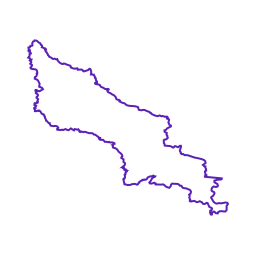 the district of Jutaí, Amazonas, Brazil, rotated 95°
{"feature_id": "56859067B75336397853406", "entity_name": "Jutaí", "entity_type": "district", "adm_level": 2, "iso_a3": "BRA", "parent_name": "Brazil", "parent_adm1": "Amazonas", "projection": "equal_earth", "projection_center": [-67.953, -4.51], "detail": "fine", "context": "isolated", "style": "outline", "palette": "violet", "viewbox_px": 256, "rotation_deg": 95, "n_neighbors": 0, "source": "geoboundaries", "source_scale": "gbopen_adm2", "svg_char_len": 5855}
<svg xmlns="http://www.w3.org/2000/svg" viewBox="0 0 256 256"><g transform="rotate(95 128 128)"><path d="M121.2,87.0L119.1,88.2L116.2,87.8L115.7,88.1L115.2,90.1L114.3,90.3L113.8,89.5L113.3,90.0L113.5,92.6L113.0,94.6L113.4,95.7L112.7,97.6L113.7,99.6L113.1,102.7L112.0,105.7L111.2,106.2L110.9,107.4L110.1,108.0L109.7,110.0L108.6,113.1L108.6,114.3L109.2,116.3L108.9,118.9L106.4,119.8L106.2,120.2L105.7,123.2L105.8,128.8L105.3,131.5L103.7,133.6L103.4,135.8L102.3,138.7L101.7,138.3L101.3,138.5L100.8,139.3L100.7,141.1L100.1,142.2L98.3,142.9L96.4,145.1L96.1,146.5L95.2,147.8L94.1,150.7L93.5,151.5L92.5,151.9L91.4,150.6L91.0,150.7L90.8,151.4L91.2,153.3L91.1,154.4L90.1,156.0L89.4,158.5L87.6,159.9L87.2,161.3L87.0,164.2L86.6,164.6L85.9,164.7L85.6,164.3L85.9,162.9L84.5,162.9L83.0,164.2L81.3,164.4L81.0,165.3L79.4,165.6L78.9,166.3L77.9,166.7L78.1,167.3L77.7,167.9L77.9,169.6L75.4,169.5L73.4,170.1L72.5,170.8L72.4,171.6L73.8,172.8L75.5,177.0L75.3,177.6L74.7,177.8L73.8,179.3L74.3,183.1L73.4,183.3L72.9,183.8L73.5,185.5L73.5,187.5L72.8,190.0L72.6,190.3L71.5,190.4L70.9,191.2L69.9,195.5L69.4,196.4L69.5,198.0L69.9,198.3L70.0,199.2L69.0,201.6L67.1,203.8L65.5,204.5L65.9,205.6L65.3,207.2L65.7,208.3L65.6,209.3L64.8,210.3L63.8,212.8L63.1,213.1L62.4,214.1L61.5,214.3L60.3,215.4L59.4,215.8L59.1,216.5L57.5,217.4L57.1,216.5L56.3,216.9L55.8,217.7L55.8,218.7L55.2,219.9L55.1,220.8L54.5,220.6L53.2,221.0L52.7,222.1L51.2,222.8L50.6,224.4L49.2,226.2L48.9,227.2L48.9,228.7L49.7,229.1L50.2,230.1L52.0,230.8L54.1,230.4L54.5,230.9L54.7,232.4L56.2,232.8L56.5,234.2L58.7,233.7L59.1,232.4L59.4,232.4L59.8,233.8L60.4,233.6L61.0,232.0L62.1,231.2L62.4,231.3L62.9,232.5L64.7,232.3L66.6,233.5L67.0,232.0L68.1,231.5L68.2,230.1L69.2,230.5L69.5,231.4L70.7,230.1L72.5,231.0L73.3,229.3L74.2,229.1L74.8,229.6L75.3,229.5L76.2,230.4L77.1,230.2L77.4,229.5L77.6,228.3L77.6,225.3L78.5,223.9L79.8,223.4L81.0,223.1L81.5,223.7L82.1,223.3L83.5,223.6L84.5,223.9L85.5,225.2L87.0,225.2L87.9,222.6L88.4,221.9L91.6,219.9L94.6,220.1L95.4,217.3L96.7,216.1L99.1,219.3L98.9,221.0L98.1,222.6L98.2,223.4L98.6,223.6L99.1,223.4L100.2,222.2L101.1,222.9L101.4,222.7L102.5,220.8L103.1,220.5L104.3,220.9L105.2,221.8L105.8,221.8L107.1,220.0L109.7,220.8L109.9,220.1L110.5,220.1L111.6,222.1L111.3,222.8L111.5,223.2L113.4,223.2L113.8,222.6L113.7,221.8L113.9,221.4L115.4,222.1L116.0,221.9L116.1,223.1L116.8,223.2L117.8,222.3L119.3,222.2L119.2,220.6L118.6,219.8L118.9,218.5L118.8,218.1L118.4,218.1L118.4,217.7L119.3,216.6L121.3,215.2L121.7,213.5L122.1,213.5L122.6,212.5L123.3,212.5L124.0,211.7L124.9,211.7L127.1,210.3L127.8,210.3L128.3,209.2L130.0,207.5L130.1,206.3L131.0,206.2L132.4,205.2L132.7,202.5L132.2,200.1L132.8,198.3L133.9,197.5L135.2,198.6L136.0,198.1L135.8,196.9L136.0,195.2L135.4,193.3L135.7,192.5L134.5,190.1L135.3,188.2L135.3,186.9L133.4,184.9L135.1,181.6L133.7,181.0L134.1,178.3L133.6,177.4L135.0,176.0L135.6,176.2L136.1,175.7L136.2,175.2L135.6,174.3L136.0,172.2L135.5,170.7L136.5,166.5L136.3,163.4L136.7,162.3L137.5,161.4L137.5,160.1L139.5,156.8L140.1,156.5L140.3,154.8L140.9,154.7L141.4,155.7L141.9,155.4L142.2,154.1L142.0,151.7L143.8,149.8L143.6,148.4L143.9,146.5L143.5,145.6L144.0,144.6L143.7,142.5L144.3,140.2L144.9,140.0L145.5,141.3L146.4,141.4L146.5,141.9L146.9,141.4L148.4,141.5L148.9,141.0L149.3,138.6L150.4,136.8L152.3,135.4L154.4,132.4L155.5,131.5L156.7,131.1L157.7,132.0L158.4,132.1L159.6,129.7L162.3,129.5L163.0,128.2L164.1,127.8L165.6,128.3L167.5,130.3L167.4,129.5L167.7,129.1L167.6,128.7L168.4,128.4L168.8,128.9L169.3,127.8L169.7,127.9L169.7,127.2L170.1,127.0L169.6,126.5L169.9,126.2L170.3,126.5L170.6,125.0L171.6,125.6L171.9,126.3L172.7,126.6L173.0,126.4L174.0,126.8L174.2,126.5L175.1,126.8L175.2,127.2L176.5,126.7L178.5,126.9L178.9,127.2L178.8,127.8L179.4,128.2L184.4,126.6L184.4,125.2L184.9,123.5L184.6,122.2L184.7,121.5L184.1,119.9L183.7,119.4L183.1,116.8L183.2,115.5L183.7,114.1L183.0,113.1L182.0,112.8L181.5,112.0L180.7,112.0L179.0,109.8L178.9,109.1L178.4,109.0L178.4,108.2L178.0,107.7L178.2,107.1L177.9,106.8L177.9,105.7L177.4,104.9L175.6,104.1L174.3,101.8L173.8,99.4L173.2,98.7L173.7,97.8L173.8,96.7L174.2,96.9L175.7,99.4L179.1,101.0L180.4,102.0L181.2,101.5L181.4,100.3L181.2,99.3L180.2,97.2L180.8,95.7L181.7,95.8L181.8,95.4L181.5,90.1L181.1,88.2L181.6,86.9L182.8,85.6L183.5,84.0L184.0,81.7L182.6,80.5L180.7,80.2L179.6,79.3L179.4,73.6L179.8,72.5L180.9,71.5L180.8,70.3L181.0,69.6L181.9,69.2L182.8,68.1L183.1,66.8L183.0,65.1L184.2,61.1L185.0,60.2L186.0,59.7L188.0,60.0L189.0,61.3L190.4,60.6L192.0,60.9L194.4,59.6L194.5,60.1L195.5,60.0L195.7,58.7L194.8,55.6L195.9,53.0L195.6,51.8L194.7,50.2L195.5,47.9L196.8,47.0L197.1,45.6L196.9,44.7L195.7,43.1L195.8,42.2L199.5,40.1L200.3,37.9L200.8,37.3L202.4,37.5L203.1,38.8L204.0,38.3L204.7,39.0L206.6,38.2L207.1,37.6L206.9,36.9L204.9,36.7L203.8,35.3L203.9,34.6L205.1,33.2L205.3,31.2L203.9,30.8L203.0,29.4L202.7,27.8L202.8,24.6L202.6,23.6L201.1,22.6L197.1,23.0L195.0,21.8L193.9,22.5L193.7,24.2L195.0,28.9L194.8,30.7L195.6,32.8L195.3,34.5L194.0,36.4L190.1,39.1L189.4,38.9L188.1,37.2L185.5,36.1L184.4,36.6L183.6,38.8L182.8,39.4L181.6,39.4L179.8,38.8L178.8,37.5L179.1,35.3L178.9,34.5L178.4,33.7L177.7,33.4L175.9,34.2L174.6,37.1L173.0,37.4L171.9,35.1L171.2,30.9L170.6,30.2L170.0,30.2L169.9,47.1L169.4,47.2L168.1,45.9L167.7,46.9L166.5,46.9L165.0,47.6L164.4,47.5L163.6,46.4L162.6,46.8L162.1,46.6L160.2,47.8L159.5,47.6L159.4,48.8L158.3,50.1L156.2,47.7L154.4,48.1L153.2,49.6L152.4,52.8L151.5,59.8L150.0,65.7L149.9,67.9L150.1,69.2L149.1,70.8L149.4,71.9L149.3,72.3L148.6,73.2L147.7,73.2L147.0,74.0L145.7,74.4L142.0,73.5L141.1,73.8L141.2,74.7L142.8,76.5L142.0,79.0L142.1,80.0L143.3,80.7L143.6,81.4L142.4,83.9L142.3,89.9L140.4,90.4L139.8,91.0L137.0,91.3L136.5,90.8L135.9,88.8L134.3,87.5L133.2,88.1L132.4,88.1L131.3,89.1L129.6,88.9L128.6,91.2L127.2,91.5L126.6,90.2L124.9,88.9L122.7,85.4L121.8,85.5L121.2,87.0Z" fill="none" stroke="#5b21b6" stroke-width="2"/></g></svg>